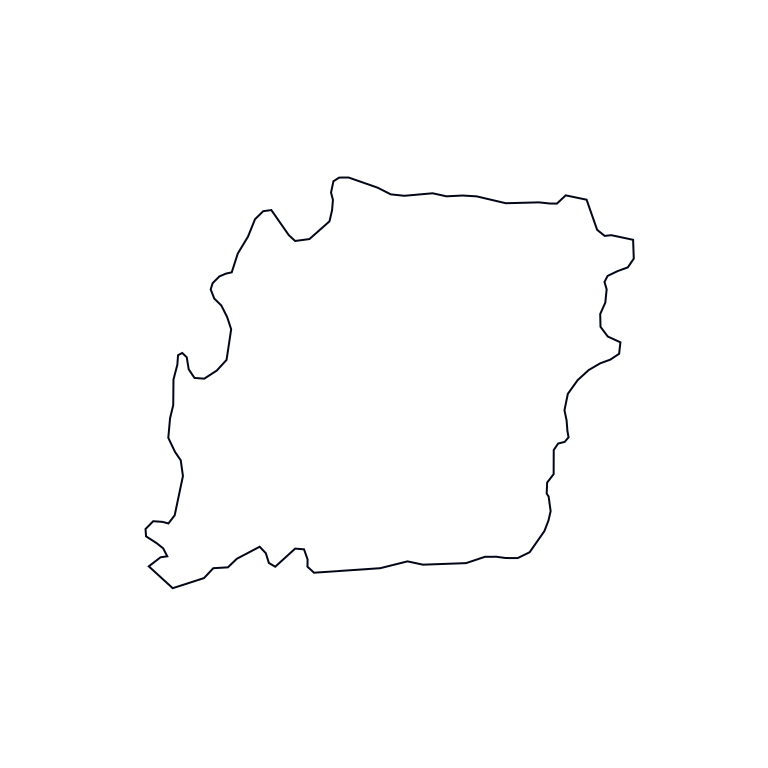 map outline of Ibb (Albers equal-area conic projection), rotated 340°
{"feature_id": "YEM-156", "entity_name": "Ibb", "entity_type": "Governorate", "adm_level": 1, "iso_a3": "YEM", "parent_name": "Yemen", "parent_adm1": "", "projection": "albers", "projection_center": [44.186, 14.073], "detail": "fine", "context": "isolated", "style": "outline", "palette": "ink", "viewbox_px": 768, "rotation_deg": 340, "n_neighbors": 0, "source": "natural_earth", "source_scale": "10m", "svg_char_len": 1642}
<svg xmlns="http://www.w3.org/2000/svg" viewBox="0 0 768 768"><g transform="rotate(340 384 384)"><path d="M133.7,441.3L142.4,435.8L163.6,401.7L166.9,386.2L164.4,376.4L162.9,360.8L171.3,342.9L178.7,331.8L187.7,307.8L196.4,295.2L200.3,286.5L205.0,285.8L207.8,291.4L205.5,303.4L208.0,313.5L216.9,317.5L231.4,314.2L244.3,307.5L259.1,280.3L259.5,267.5L258.0,254.6L253.7,245.6L253.5,235.8L257.5,230.6L266.1,226.6L273.2,226.2L279.1,227.0L291.3,211.3L306.5,199.1L319.2,185.0L329.6,180.3L337.6,182.0L345.4,211.4L349.4,219.2L363.5,222.3L388.4,212.5L394.6,203.0L399.0,193.5L399.7,186.0L405.8,176.2L412.5,174.7L421.4,177.9L445.1,197.3L455.2,208.1L467.5,214.1L494.9,221.4L506.9,229.0L522.4,233.8L535.3,239.4L560.3,255.8L591.7,266.3L601.7,271.2L608.2,273.6L619.3,268.9L637.4,280.1L637.0,312.0L642.0,320.3L648.5,321.9L667.4,333.7L661.6,351.6L653.0,357.8L642.3,357.8L631.1,358.9L626.1,363.5L625.6,371.2L619.8,383.2L611.1,392.2L607.0,404.3L610.5,415.9L620.4,425.7L615.3,436.0L605.0,438.5L594.2,438.5L581.1,440.9L567.3,446.6L553.4,456.1L544.6,470.4L543.1,480.8L540.3,490.8L539.2,497.2L534.0,500.2L527.3,499.5L520.9,504.1L512.6,526.7L503.6,532.4L499.4,542.6L500.2,546.1L497.1,560.5L491.8,568.6L484.4,577.1L463.3,591.9L450.1,593.3L438.7,589.1L430.6,584.8L419.7,580.9L399.9,580.4L358.8,567.1L345.4,558.7L317.5,555.8L253.7,537.4L249.6,529.5L252.2,522.7L252.3,512.0L244.2,508.3L219.3,518.5L214.6,512.8L215.1,502.6L211.5,494.4L185.9,497.9L174.6,502.9L160.6,498.7L148.5,504.8L115.6,503.6L100.6,474.9L114.8,470.4L121.4,471.8L120.3,462.9L115.9,455.8L108.3,445.8L110.3,438.7L120.2,434.0L128.7,437.8L133.7,441.3Z" fill="none" stroke="#020617" stroke-width="2"/></g></svg>